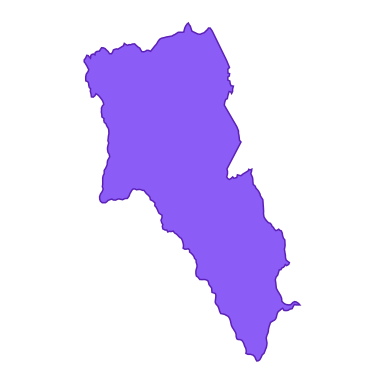 the district of Itaiópolis, Santa Catarina, Brazil
{"feature_id": "56859067B3149054277416", "entity_name": "Itaiópolis", "entity_type": "district", "adm_level": 2, "iso_a3": "BRA", "parent_name": "Brazil", "parent_adm1": "Santa Catarina", "projection": "equal_earth", "projection_center": [-49.885, -26.509], "detail": "fine", "context": "isolated", "style": "filled", "palette": "violet", "viewbox_px": 384, "rotation_deg": 0, "n_neighbors": 0, "source": "geoboundaries", "source_scale": "gbopen_adm2", "svg_char_len": 5496}
<svg xmlns="http://www.w3.org/2000/svg" viewBox="0 0 384 384"><path d="M299.8,304.9L298.7,303.6L297.5,302.7L296.1,301.9L294.6,301.6L293.0,302.4L291.7,303.7L290.6,304.7L288.8,304.9L287.4,304.7L286.1,304.5L284.6,303.8L283.4,302.9L281.9,301.3L281.6,298.3L280.6,295.7L279.4,293.7L278.3,291.9L277.4,290.4L276.4,288.4L276.1,286.2L275.8,283.2L275.3,279.6L276.1,277.0L277.7,275.1L278.6,272.1L279.3,269.8L280.9,269.7L281.9,267.9L283.4,267.3L284.6,266.1L285.3,264.6L286.6,265.6L288.7,264.4L289.4,262.6L287.5,261.2L286.2,260.1L285.5,257.9L285.4,255.1L285.0,253.1L284.7,251.1L284.4,249.2L284.8,247.5L285.1,245.1L284.9,242.1L284.8,239.9L283.5,238.3L282.7,236.0L282.2,233.0L281.3,230.9L279.8,230.3L278.7,229.2L277.2,230.2L275.8,230.6L274.4,229.3L273.4,227.4L272.1,226.4L271.5,224.8L270.3,223.3L268.4,222.7L266.5,220.7L265.1,218.9L263.9,216.7L263.5,213.6L263.6,211.6L263.5,209.1L263.3,206.1L263.1,203.6L263.0,201.6L262.8,199.6L261.5,197.6L260.4,195.8L260.0,194.0L258.6,191.3L257.2,189.5L256.0,188.3L255.2,186.2L253.2,184.4L252.9,181.5L252.8,179.5L252.5,177.5L251.5,175.1L250.8,173.6L251.5,171.4L251.8,169.2L250.0,170.0L248.8,169.3L248.1,170.9L246.3,172.0L244.5,173.1L242.7,174.2L241.1,175.7L239.1,175.3L237.4,174.8L236.8,177.5L235.3,177.9L234.0,178.3L232.7,176.9L231.0,178.5L229.3,179.5L227.7,178.5L226.7,176.9L227.5,173.8L227.5,171.1L226.9,169.0L241.0,142.0L239.5,140.3L239.2,137.5L238.9,135.1L238.5,133.2L238.5,131.0L236.8,126.7L224.3,105.2L224.7,102.2L225.7,99.4L227.3,98.7L227.8,96.0L228.5,93.5L229.1,91.5L230.7,91.9L231.6,93.5L232.6,91.4L232.6,89.0L233.4,86.1L231.0,85.7L230.2,83.5L229.8,81.0L227.8,80.0L227.8,77.1L229.3,76.0L229.6,73.6L228.0,73.1L227.8,69.3L229.5,67.5L226.6,60.5L222.1,51.3L212.2,31.0L210.2,28.1L208.5,28.0L207.5,29.5L205.9,31.0L204.2,32.7L202.8,33.2L201.4,33.7L200.2,34.3L197.8,34.0L192.0,31.2L191.1,28.7L190.3,26.1L189.3,24.9L188.3,23.0L187.0,24.1L185.8,25.9L185.0,27.4L184.3,29.7L183.8,32.0L182.3,32.3L180.2,32.2L178.2,32.3L176.5,33.4L174.9,34.5L173.4,35.1L172.2,36.0L166.3,37.0L164.7,37.5L162.9,37.9L161.3,38.3L159.6,39.3L158.1,41.3L157.1,43.1L156.2,44.5L155.1,45.6L150.6,51.3L148.6,50.4L146.8,50.3L145.4,51.3L143.5,51.8L141.8,51.6L140.6,49.7L139.8,48.1L138.1,47.1L136.3,45.5L134.7,43.9L132.5,44.0L130.5,44.8L129.1,44.6L127.7,45.3L126.0,44.6L124.3,43.4L123.5,45.7L121.9,46.7L120.1,47.8L117.9,49.1L116.5,48.9L114.9,49.3L113.4,49.9L112.7,51.9L111.5,53.8L109.5,53.7L108.1,51.5L106.4,50.0L105.1,48.6L103.5,47.9L101.6,47.7L100.5,49.3L99.4,51.1L96.7,51.5L95.2,52.6L94.9,54.8L93.5,54.0L92.0,54.4L90.9,55.3L90.5,58.2L89.4,57.1L88.2,55.6L86.8,55.3L85.7,57.9L84.2,59.9L84.2,61.9L85.2,63.1L86.2,64.8L87.1,66.3L87.8,67.9L88.7,69.2L88.2,71.3L86.3,74.1L85.7,76.7L85.7,78.7L85.8,80.9L87.7,81.6L88.5,83.0L88.8,85.5L89.3,87.5L90.6,88.7L90.3,91.3L91.0,93.8L91.4,96.9L93.3,97.1L94.9,95.7L96.0,93.7L97.7,94.8L99.1,96.1L100.5,97.9L102.5,100.6L103.4,102.8L103.7,104.5L102.4,105.9L101.4,108.2L101.5,110.2L101.3,112.1L101.8,114.3L101.9,116.9L104.0,118.6L103.8,120.4L104.3,122.4L105.9,123.6L106.6,125.5L107.5,127.2L108.4,128.4L108.8,130.7L108.9,133.7L108.4,136.1L108.2,138.3L107.9,140.7L108.7,143.0L108.0,145.4L107.5,147.6L107.5,149.6L108.0,152.3L109.1,154.0L109.7,156.8L108.5,158.9L107.6,160.5L107.3,162.3L107.2,164.6L105.8,167.9L104.2,170.4L104.2,173.6L103.1,175.9L102.7,178.0L102.7,179.8L102.7,182.1L102.7,184.4L102.3,186.7L103.2,188.9L102.3,191.4L100.6,193.9L99.6,196.5L99.7,199.2L100.5,201.3L102.2,202.7L103.7,202.7L105.4,202.7L106.6,201.9L108.1,200.4L110.4,199.5L111.9,199.1L113.3,200.0L115.6,200.1L117.6,199.2L118.9,198.9L120.5,199.3L122.6,199.7L124.9,198.6L127.4,198.4L129.1,196.0L129.9,193.6L130.8,192.1L131.7,190.5L132.9,189.1L134.7,188.9L136.6,189.8L139.1,189.4L141.1,189.7L142.3,190.3L144.0,190.4L145.2,192.0L146.4,193.6L148.5,195.4L149.9,197.1L150.4,199.7L153.0,201.1L155.0,203.0L154.8,205.8L156.0,207.0L157.2,209.2L158.1,211.4L159.0,213.2L160.3,214.1L162.0,215.2L162.0,217.6L161.0,220.2L161.7,222.7L162.9,224.7L162.3,226.3L162.9,228.9L165.0,230.0L166.8,230.1L167.8,232.0L169.4,231.3L170.9,231.6L173.2,231.1L174.7,233.0L176.2,233.9L177.5,235.0L178.7,236.4L180.0,237.6L181.3,238.4L182.4,240.6L183.2,243.4L183.5,245.9L183.1,248.2L184.8,249.2L186.9,249.1L188.2,248.7L189.6,250.1L189.6,252.0L191.3,253.3L193.0,255.1L194.0,256.6L194.5,258.3L196.0,259.9L196.2,262.4L197.0,264.9L197.0,267.0L196.3,269.2L195.9,271.1L195.9,273.8L196.4,276.1L197.9,277.1L199.8,279.5L202.1,279.6L204.6,279.5L206.4,279.9L207.9,280.8L208.6,282.7L209.0,284.6L210.3,286.3L211.6,288.0L211.8,290.6L212.0,292.4L213.8,292.9L215.5,293.7L215.9,295.7L215.6,298.8L215.3,300.8L215.3,302.7L216.2,304.3L217.8,306.0L218.8,308.3L219.7,311.4L220.7,313.5L222.2,313.8L224.4,314.3L226.3,315.3L228.3,316.4L229.4,318.1L230.2,320.0L230.8,322.6L231.4,325.3L232.4,327.5L233.3,328.8L234.1,330.2L235.3,332.0L236.1,334.2L236.2,336.8L236.8,338.8L238.0,339.5L239.8,339.6L241.7,340.2L242.9,341.7L243.8,343.5L244.6,346.0L245.9,348.6L246.3,351.1L245.9,353.4L247.9,354.3L250.4,354.3L253.1,355.1L254.8,356.8L255.8,359.3L256.8,361.0L258.5,360.7L259.8,359.7L261.1,357.4L262.2,354.9L264.0,353.3L264.9,351.1L265.6,349.1L266.3,347.6L266.7,345.7L267.0,343.1L266.6,340.6L266.2,337.8L267.0,335.1L267.8,333.3L268.3,331.6L268.5,329.1L269.1,326.6L269.8,324.5L270.5,322.5L272.3,321.3L274.5,320.1L275.7,318.8L276.4,317.0L276.8,315.0L277.4,313.1L278.3,311.5L279.6,310.6L281.0,309.3L282.7,308.3L284.0,310.4L285.9,310.6L287.9,310.4L290.1,309.1L292.1,308.7L293.4,306.1L294.4,304.5L295.9,304.9L297.6,304.9L299.8,304.9Z" fill="#8b5cf6" stroke="#5b21b6" stroke-width="1.5"/></svg>